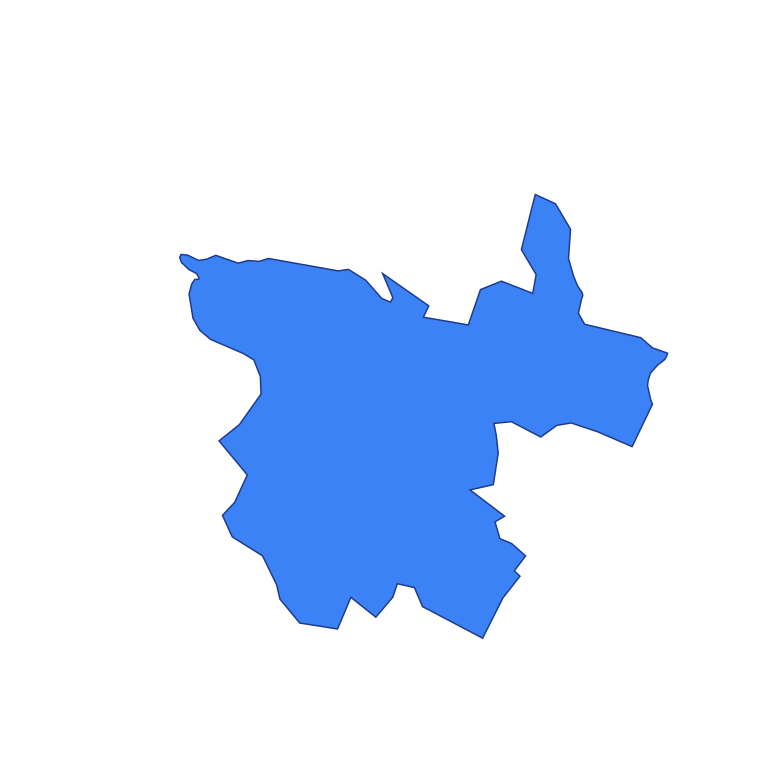 Limbaži, Robinson projection, rotated 214°
{"feature_id": "LVA-1086", "entity_name": "Limbaži", "entity_type": "Municipality", "adm_level": 1, "iso_a3": "LVA", "parent_name": "Latvia", "parent_adm1": "", "projection": "robinson", "projection_center": [24.697, 57.497], "detail": "fine", "context": "isolated", "style": "filled", "palette": "blue", "viewbox_px": 768, "rotation_deg": 214, "n_neighbors": 0, "source": "natural_earth", "source_scale": "10m", "svg_char_len": 1407}
<svg xmlns="http://www.w3.org/2000/svg" viewBox="0 0 768 768"><g transform="rotate(214 384 384)"><path d="M150.1,517.3L143.3,470.8L179.9,463.9L207.0,456.4L217.6,446.4L224.4,427.7L257.3,424.0L270.8,412.8L262.1,404.1L250.6,390.4L237.1,361.7L253.5,344.3L210.1,341.8L214.9,331.8L201.4,320.6L188.9,323.1L170.5,320.6L171.5,301.9L163.8,300.7L165.8,273.3L160.1,228.4L227.6,221.0L244.9,232.2L261.3,225.9L257.5,212.2L260.4,186.1L292.2,188.6L285.5,154.9L320.2,138.7L350.0,147.5L360.6,157.4L388.6,173.6L424.3,172.4L444.5,184.8L441.6,202.3L446.5,232.2L488.9,244.6L481.2,269.5L480.3,306.9L490.7,321.1L505.4,331.2L517.1,330.7L552.7,324.0L566.6,325.5L579.1,331.7L595.9,349.5L599.3,359.3L599.4,364.8L596.3,367.1L596.9,368.6L601.1,370.7L610.0,369.8L619.8,371.5L624.2,374.7L624.7,377.9L619.0,381.0L606.7,382.8L600.7,388.5L595.4,396.6L572.5,402.6L565.8,410.3L556.0,415.9L550.1,423.4L485.3,452.1L477.6,459.1L457.3,459.8L433.7,453.7L424.5,455.4L424.9,460.5L446.9,474.8L390.6,473.8L388.7,461.4L347.1,480.1L356.8,516.2L344.2,534.9L311.3,542.3L319.1,559.8L345.2,572.2L359.7,612.1L364.5,625.7L342.6,629.3L315.9,616.6L301.2,591.2L286.9,579.2L278.2,573.5L270.6,570.4L268.7,568.5L267.5,564.2L262.4,551.4L251.1,545.7L196.9,566.0L189.3,565.0L181.6,564.1L166.1,568.1L165.3,565.2L164.9,561.4L167.7,552.8L169.2,542.2L167.1,534.8L164.5,529.9L154.3,520.3L150.4,517.5L150.1,517.3Z" fill="#3b82f6" stroke="#1e3a8a" stroke-width="1.5"/></g></svg>